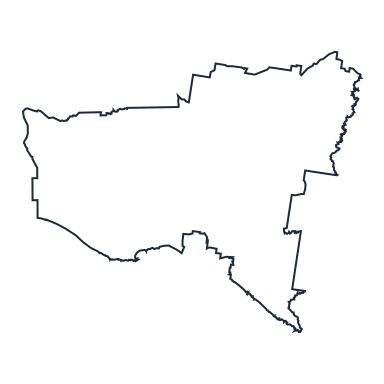 the district of Moyne, Victoria, Australia
{"feature_id": "25037944B46844675944162", "entity_name": "Moyne", "entity_type": "district", "adm_level": 2, "iso_a3": "AUS", "parent_name": "Australia", "parent_adm1": "Victoria", "projection": "orthographic", "projection_center": [142.577, -38.188], "detail": "fine", "context": "isolated", "style": "outline", "palette": "slate", "viewbox_px": 384, "rotation_deg": 0, "n_neighbors": 0, "source": "geoboundaries", "source_scale": "gbopen_adm2", "svg_char_len": 5978}
<svg xmlns="http://www.w3.org/2000/svg" viewBox="0 0 384 384"><path d="M232.3,66.2L227.2,66.2L225.1,65.0L215.6,63.5L214.5,70.2L210.7,72.0L209.8,77.4L193.1,74.7L188.8,102.4L186.0,101.4L184.1,99.4L181.8,99.4L178.0,95.7L178.6,98.5L178.2,100.7L178.8,106.8L179.2,107.0L127.0,107.9L127.0,108.8L124.6,108.4L124.1,109.0L121.5,109.4L120.3,108.8L117.6,110.1L117.7,111.3L116.6,111.8L114.7,111.5L113.4,109.8L113.3,111.2L111.5,112.0L111.5,113.7L110.4,114.1L109.8,113.4L108.9,113.7L107.8,113.0L106.5,113.1L106.7,114.5L106.0,115.3L100.5,115.4L101.0,112.2L79.1,112.7L75.8,116.0L73.7,115.3L73.0,115.5L72.6,116.5L70.1,116.3L69.3,117.8L68.0,118.5L68.1,119.2L67.2,120.4L66.5,120.1L66.2,120.6L63.5,121.0L62.0,120.4L60.5,121.1L53.1,117.5L48.8,118.1L40.7,111.1L38.5,110.4L37.4,110.8L37.2,111.4L35.1,111.1L27.2,108.3L25.5,108.9L23.0,111.5L23.9,117.5L27.7,125.4L27.8,133.6L26.7,137.6L24.2,141.5L24.0,143.2L25.1,144.6L25.1,145.4L26.5,147.9L27.3,148.5L27.1,150.0L31.2,156.6L32.4,156.9L32.4,158.9L37.2,167.7L37.3,178.2L32.4,178.2L32.5,188.1L32.6,200.3L37.5,200.1L37.6,217.9L41.6,218.5L45.5,219.9L46.5,220.1L46.5,219.7L56.0,223.6L66.0,228.9L75.5,235.1L83.3,242.3L91.0,248.0L97.4,251.1L99.4,252.6L99.4,253.1L101.2,253.1L104.1,255.2L104.8,255.0L105.6,255.9L107.3,256.1L109.2,258.0L109.8,259.7L110.2,259.0L111.8,259.8L112.1,259.3L114.2,259.8L117.0,259.1L118.5,259.8L118.9,259.7L118.8,259.2L120.4,259.8L121.0,260.7L121.3,260.1L123.3,260.8L125.5,260.0L128.1,260.7L128.9,259.8L130.2,260.2L130.8,259.6L132.6,259.9L132.9,260.6L133.8,261.0L135.1,259.8L134.7,260.6L135.6,261.2L138.2,259.5L136.9,259.2L137.2,258.5L136.0,258.9L135.3,258.4L135.1,256.6L135.4,255.1L137.1,252.5L139.9,250.6L144.7,249.9L145.7,250.2L146.2,251.2L146.3,250.5L148.4,249.0L149.9,249.1L152.3,247.8L154.3,249.0L157.1,248.1L158.8,248.5L159.5,246.9L163.8,245.8L168.7,245.5L177.1,249.9L181.7,253.1L184.2,246.9L182.5,245.9L182.6,240.0L183.4,233.9L189.0,234.4L192.5,233.5L192.8,231.1L200.0,232.1L199.8,233.3L202.8,233.7L204.5,233.2L207.2,237.4L206.6,242.0L207.8,241.1L206.9,248.5L208.0,247.8L210.0,247.5L216.6,248.8L216.0,253.0L220.8,253.7L220.2,258.4L226.4,256.8L232.0,257.1L230.4,258.1L233.4,258.5L233.1,261.7L232.4,261.6L233.3,264.9L230.9,264.6L230.5,267.8L229.8,267.8L229.2,272.1L230.3,272.4L230.2,273.8L229.3,274.4L230.9,274.6L230.3,278.9L231.9,279.7L232.2,280.7L233.3,281.2L233.7,282.0L234.8,282.1L239.5,285.8L244.3,290.0L245.6,291.8L246.3,292.3L246.9,291.8L247.2,292.7L247.9,292.3L247.5,293.4L248.2,293.1L248.1,293.7L248.6,293.2L249.8,293.8L250.4,295.0L251.4,295.4L251.5,296.6L252.8,296.4L252.6,297.5L254.1,298.6L253.9,299.6L255.5,299.4L259.3,302.3L266.1,308.9L266.8,310.1L267.9,310.6L268.7,311.9L269.6,311.9L272.8,314.6L273.7,315.9L274.5,315.7L274.1,316.4L275.8,317.1L276.6,318.4L277.4,318.4L277.6,319.2L278.9,318.6L278.7,319.5L279.9,320.2L280.5,320.1L281.0,319.3L281.8,319.3L283.9,321.1L284.0,321.9L284.7,320.9L285.8,320.9L286.2,322.0L287.1,322.4L286.4,323.6L287.2,324.4L290.2,324.5L292.1,326.2L293.5,326.1L293.7,326.9L295.2,328.3L294.7,328.8L295.0,329.2L294.6,329.3L295.1,330.0L294.8,330.5L295.5,330.1L295.5,330.6L296.8,330.7L297.6,329.9L298.5,330.4L298.8,332.1L300.1,332.0L301.8,329.0L299.9,327.6L299.8,326.2L298.2,323.0L298.0,321.8L298.5,320.9L297.7,319.7L298.0,318.1L297.2,316.8L295.5,316.2L293.7,314.5L293.7,312.5L292.2,312.2L288.4,308.1L289.2,307.3L289.0,305.2L289.7,303.9L288.7,301.9L290.4,301.5L291.1,299.7L294.3,299.4L293.8,297.7L295.1,296.9L295.0,295.6L296.9,295.3L297.5,293.2L299.0,293.8L299.8,292.9L300.5,293.6L301.9,292.8L303.1,292.9L303.3,291.9L305.8,291.2L297.8,289.9L297.7,290.7L296.8,289.9L292.2,289.1L300.9,231.2L298.5,231.5L298.1,232.4L297.5,232.1L296.4,232.9L296.0,232.2L294.9,233.0L294.6,232.6L295.2,231.1L292.4,231.1L290.3,233.5L289.9,233.6L289.0,231.9L288.5,233.1L287.1,233.9L285.7,232.7L284.7,233.4L284.0,231.5L283.9,228.6L286.7,228.1L291.8,194.9L295.5,195.3L301.9,193.9L303.8,194.1L305.2,188.9L305.6,184.4L304.6,181.2L303.7,180.3L305.2,170.5L332.8,174.7L337.0,175.3L337.5,174.9L336.1,173.8L335.8,172.7L335.2,172.6L335.4,171.6L333.9,170.0L334.1,168.0L333.1,166.6L333.6,166.0L333.3,164.7L333.8,163.5L332.9,161.2L331.8,161.0L331.5,159.7L330.6,159.0L331.3,157.5L330.4,156.2L332.4,153.3L334.2,153.0L335.9,151.8L336.4,150.8L338.2,150.2L339.4,149.0L339.5,148.5L336.4,147.2L336.0,146.4L336.1,144.9L338.5,144.0L337.8,142.8L338.4,143.0L339.5,141.5L340.9,142.1L341.5,141.7L341.9,140.9L340.8,140.9L341.3,140.6L341.1,140.3L341.5,139.4L340.6,139.4L340.6,138.3L341.5,138.3L340.9,137.4L341.4,137.4L342.0,136.1L340.7,134.4L341.5,133.9L342.7,134.7L343.2,134.0L344.3,134.0L344.6,133.5L344.2,132.8L345.8,131.4L345.1,130.9L345.8,129.8L345.0,129.3L344.1,129.8L344.0,129.2L342.6,128.6L342.2,126.9L342.8,126.0L343.5,126.3L343.6,125.3L343.9,126.1L344.1,125.2L345.6,124.8L345.2,124.0L344.0,123.5L345.0,121.7L346.5,121.0L346.8,120.1L346.3,119.8L346.2,117.6L347.2,117.3L347.4,116.3L348.5,117.4L350.8,116.7L351.1,115.5L352.1,115.4L352.8,114.7L352.5,113.4L354.4,112.3L353.4,110.7L353.4,109.6L352.5,109.2L353.1,107.5L352.1,106.2L353.1,105.6L354.5,105.8L355.6,104.8L354.6,104.0L355.5,103.6L356.1,102.6L356.0,101.8L357.5,100.7L358.4,99.0L357.8,98.5L357.4,98.8L357.0,97.8L354.9,99.1L354.7,98.4L354.3,98.6L354.1,97.8L354.5,97.4L353.7,96.0L351.7,95.2L352.5,94.5L353.7,94.5L353.0,93.4L352.5,93.4L352.8,92.7L352.1,92.0L354.5,91.5L356.1,89.8L359.3,91.0L357.9,90.0L357.8,89.0L357.1,89.9L356.1,88.8L355.6,89.8L354.1,89.5L353.9,88.7L354.6,87.5L353.7,84.6L354.6,84.0L354.9,82.1L356.2,82.0L358.1,80.4L358.9,80.3L358.6,79.6L359.0,79.0L358.9,77.8L361.0,77.9L359.6,76.6L359.8,76.1L360.5,76.2L360.6,74.6L357.5,73.2L352.9,68.6L349.7,68.1L349.2,71.7L345.6,71.1L344.6,68.7L341.1,68.2L342.2,61.0L339.4,59.6L336.4,59.0L337.3,52.3L334.9,51.9L329.0,54.3L323.1,59.0L320.2,59.8L316.8,63.8L315.8,64.2L314.5,63.5L313.7,63.7L312.8,65.6L307.4,68.7L301.3,75.3L300.2,73.7L301.3,66.0L296.6,65.3L296.4,66.5L291.5,65.8L290.9,70.5L269.4,67.3L267.3,69.6L254.7,74.6L245.0,73.0L247.2,68.6L244.4,68.1L244.0,68.8L241.7,67.5L232.3,66.2Z" fill="none" stroke="#1e293b" stroke-width="2"/></svg>